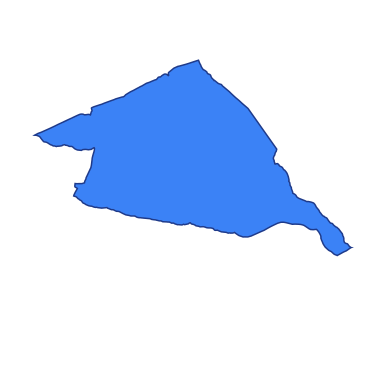 Tisaleo, Tungurahua, Ecuador, rotated 235°
{"feature_id": "8360857B823186733653", "entity_name": "Tisaleo", "entity_type": "district", "adm_level": 2, "iso_a3": "ECU", "parent_name": "Ecuador", "parent_adm1": "Tungurahua", "projection": "mercator", "projection_center": [-78.685, -1.36], "detail": "fine", "context": "isolated", "style": "filled", "palette": "blue", "viewbox_px": 384, "rotation_deg": 235, "n_neighbors": 0, "source": "geoboundaries", "source_scale": "gbopen_adm2", "svg_char_len": 5976}
<svg xmlns="http://www.w3.org/2000/svg" viewBox="0 0 384 384"><g transform="rotate(235 192 192)"><path d="M73.7,291.1L76.2,291.0L77.3,291.0L79.0,290.6L80.0,290.4L81.1,289.7L82.6,289.3L83.1,289.1L85.6,288.9L86.2,288.5L86.6,288.1L87.1,287.6L89.1,287.4L91.3,287.4L92.7,287.5L93.5,287.4L94.3,287.0L95.0,286.6L95.5,286.3L96.4,286.2L96.5,286.0L97.0,285.7L98.4,285.4L99.2,285.3L100.9,285.3L101.4,285.2L102.0,285.1L103.8,285.4L104.2,285.5L104.8,285.4L105.8,285.4L106.8,285.3L107.9,285.2L108.8,285.2L110.3,285.5L111.1,285.5L111.9,285.5L113.2,285.3L113.7,285.0L114.1,284.7L114.7,284.3L115.1,284.0L115.4,283.8L117.4,281.9L117.9,281.3L118.0,280.9L118.3,280.5L120.3,279.4L121.3,278.7L123.1,277.5L124.0,276.9L124.9,276.3L125.9,275.7L127.7,275.1L128.1,275.0L129.0,275.2L130.1,275.2L131.4,274.8L133.1,273.9L133.4,273.9L134.1,274.4L137.6,275.3L138.8,276.0L139.2,276.0L141.4,276.2L141.9,276.6L143.9,277.5L145.2,277.4L145.7,277.8L145.7,278.0L146.0,278.3L148.4,279.3L149.4,279.7L151.7,280.3L152.1,280.4L153.4,280.6L154.7,280.6L156.0,280.5L156.8,280.4L157.4,280.1L157.8,279.9L160.3,280.1L161.3,279.7L162.9,278.8L163.3,278.7L163.7,278.6L164.0,278.7L164.6,278.8L165.1,278.6L166.0,278.5L166.3,278.2L166.7,277.5L167.1,276.3L167.3,276.1L167.6,276.0L167.9,276.1L168.4,276.5L168.8,276.6L169.8,276.8L170.8,277.4L171.4,277.5L172.0,277.5L172.3,277.7L172.7,277.8L173.5,278.5L174.2,279.5L174.6,280.3L174.8,280.9L175.1,281.3L175.7,281.8L176.1,282.4L176.5,283.0L176.7,283.4L177.0,284.3L177.6,285.0L178.3,285.7L178.5,286.0L228.3,285.8L229.5,285.5L232.3,284.8L235.8,283.9L240.0,283.0L244.1,281.9L246.3,281.4L250.1,280.6L252.8,280.1L260.0,278.2L261.4,277.8L262.1,277.8L263.2,277.7L264.5,276.7L265.2,276.2L266.1,275.7L270.7,274.4L270.7,274.0L272.5,273.9L272.9,273.8L273.9,273.6L275.8,273.8L276.8,274.2L277.6,274.1L278.0,274.0L279.1,273.3L279.3,273.0L279.7,272.9L280.7,272.7L281.2,272.8L282.0,273.0L282.6,272.8L283.2,272.6L283.9,272.4L285.4,271.7L285.7,271.4L288.8,271.4L289.0,271.5L290.1,271.6L290.6,271.9L292.8,272.1L296.2,272.9L296.9,270.8L300.0,260.6L302.6,253.3L302.8,253.0L302.9,252.8L303.0,252.7L302.9,252.4L303.2,251.5L303.4,250.5L303.6,249.3L303.8,248.6L303.8,247.7L303.3,241.3L302.2,240.2L301.6,240.1L301.0,239.8L300.9,239.4L301.0,239.3L302.9,238.7L303.6,238.2L304.2,237.4L304.5,236.4L304.6,234.1L304.4,232.7L304.4,232.0L305.0,231.2L305.3,230.2L305.2,229.7L304.8,228.7L304.6,227.1L305.0,226.1L305.7,223.0L306.3,220.0L307.2,217.0L307.6,211.9L308.0,209.8L308.1,208.3L308.3,207.1L308.8,202.5L309.3,199.5L309.4,198.8L309.7,193.5L309.3,191.6L309.3,190.5L310.0,189.0L312.0,183.0L312.4,181.0L313.0,178.9L315.0,171.4L315.7,168.3L316.2,166.8L318.1,160.5L318.5,158.5L318.5,157.9L318.0,157.5L316.2,156.9L315.7,156.4L315.5,155.6L314.4,154.2L313.5,153.2L313.4,152.9L314.0,152.6L314.5,152.3L315.2,151.3L315.8,150.1L316.7,148.4L317.2,148.0L317.7,147.7L318.1,147.5L319.0,146.5L319.8,145.1L320.1,144.0L320.6,141.5L321.9,134.0L322.4,131.2L324.2,120.9L324.7,117.5L325.5,112.8L326.1,109.6L327.5,102.4L328.3,99.5L328.8,95.6L328.6,95.8L327.8,97.0L325.5,98.6L323.9,99.1L322.5,99.0L318.6,99.3L317.9,99.6L316.8,100.8L315.6,101.7L311.7,103.3L311.1,103.9L309.4,104.7L309.1,105.0L308.7,105.7L307.0,107.0L306.9,107.6L305.4,110.1L304.5,112.0L304.6,112.6L304.0,114.5L303.7,114.9L303.0,115.1L301.9,116.3L301.1,116.9L299.8,117.6L298.3,119.6L297.7,120.0L294.8,120.7L294.3,120.9L292.2,122.2L289.5,125.3L289.4,126.8L288.5,128.4L287.8,129.5L286.0,131.4L284.7,134.0L284.6,136.6L284.4,137.2L283.8,137.2L283.3,136.9L281.6,135.3L280.6,134.0L278.4,131.3L277.8,130.6L276.9,129.6L275.7,128.6L271.7,125.0L270.0,123.2L265.1,114.7L264.6,113.7L263.5,112.5L262.3,110.3L261.2,109.2L262.0,106.7L265.1,102.1L266.0,101.1L264.3,99.6L263.5,99.1L263.1,99.1L261.1,100.0L260.6,100.1L258.9,96.5L257.4,93.8L256.6,92.8L255.9,93.2L255.4,93.8L254.1,94.5L251.9,94.8L251.3,95.2L250.1,95.4L248.6,96.2L247.7,96.4L246.0,96.3L245.0,96.7L244.2,97.3L242.7,97.8L240.1,99.4L238.9,100.5L237.9,101.7L235.8,103.1L234.6,104.3L234.3,105.0L233.2,105.9L230.6,108.8L228.0,113.4L227.1,113.6L225.6,114.7L224.8,115.1L223.7,115.9L222.7,117.3L221.4,118.0L220.6,118.4L219.5,119.1L218.9,119.9L217.8,121.1L214.1,123.0L211.2,124.7L209.0,126.9L207.4,128.2L205.1,131.4L202.8,132.5L201.2,134.0L200.8,134.7L200.2,135.3L197.7,138.2L194.8,141.6L194.2,142.3L193.5,142.8L192.8,143.1L192.3,143.7L191.8,144.1L190.0,146.2L189.7,146.4L187.1,148.7L186.2,149.9L185.7,150.3L184.5,150.9L181.8,154.4L181.2,155.0L180.4,156.2L178.1,157.5L177.4,158.7L177.0,159.1L175.9,159.6L174.5,160.6L173.5,161.4L173.0,162.2L171.0,164.6L170.7,165.0L170.5,166.2L170.4,166.6L169.5,167.2L168.0,170.8L168.1,171.4L168.0,172.6L167.8,172.9L166.3,173.2L165.9,173.4L164.4,174.8L162.7,175.7L162.1,175.8L160.1,177.8L159.0,178.5L158.5,179.1L157.5,180.8L156.8,181.7L155.2,183.0L154.7,183.2L153.8,184.1L152.6,185.6L152.1,186.4L151.0,187.6L150.5,187.8L149.8,188.5L148.4,188.5L147.7,188.7L147.3,189.0L146.1,190.9L142.5,193.2L139.3,196.9L137.6,198.0L136.8,199.5L136.3,199.9L135.0,201.8L134.5,203.2L134.5,203.6L132.7,204.2L130.8,204.9L129.2,205.6L127.6,206.8L126.1,207.9L125.9,208.0L125.1,209.3L123.2,211.9L122.5,213.9L122.0,215.2L121.8,216.4L119.7,227.2L119.3,228.9L118.9,233.4L118.5,236.9L118.1,239.6L117.3,244.2L116.2,247.5L114.7,249.7L113.0,251.4L109.2,254.7L108.1,255.6L106.6,258.0L104.4,260.9L103.1,262.4L101.8,263.6L100.4,264.6L98.2,265.5L94.7,266.8L93.3,267.6L91.6,269.7L90.4,271.9L90.0,272.5L88.6,272.8L86.2,272.9L84.5,272.7L83.4,272.6L81.9,272.2L80.6,271.4L80.3,271.1L79.4,270.9L78.7,270.6L76.1,270.1L75.4,269.9L73.8,269.6L73.5,269.6L70.5,269.5L67.7,270.1L66.0,270.5L65.5,270.7L65.3,270.8L63.1,272.0L62.4,272.1L59.7,272.7L58.4,273.4L57.1,274.4L56.7,274.5L56.5,276.3L56.3,277.9L56.3,278.0L55.9,281.8L55.5,283.8L55.3,284.6L55.3,288.8L55.3,290.1L55.2,290.5L55.4,290.3L57.2,289.8L57.5,289.7L59.8,289.7L60.2,289.6L60.6,289.5L61.7,288.5L62.3,288.2L62.8,288.1L63.5,288.0L65.0,288.5L66.3,289.3L66.8,289.7L68.0,290.2L68.4,290.3L70.0,290.5L70.7,290.9L71.8,291.2L73.3,291.1L73.7,291.1Z" fill="#3b82f6" stroke="#1e3a8a" stroke-width="1.5"/></g></svg>